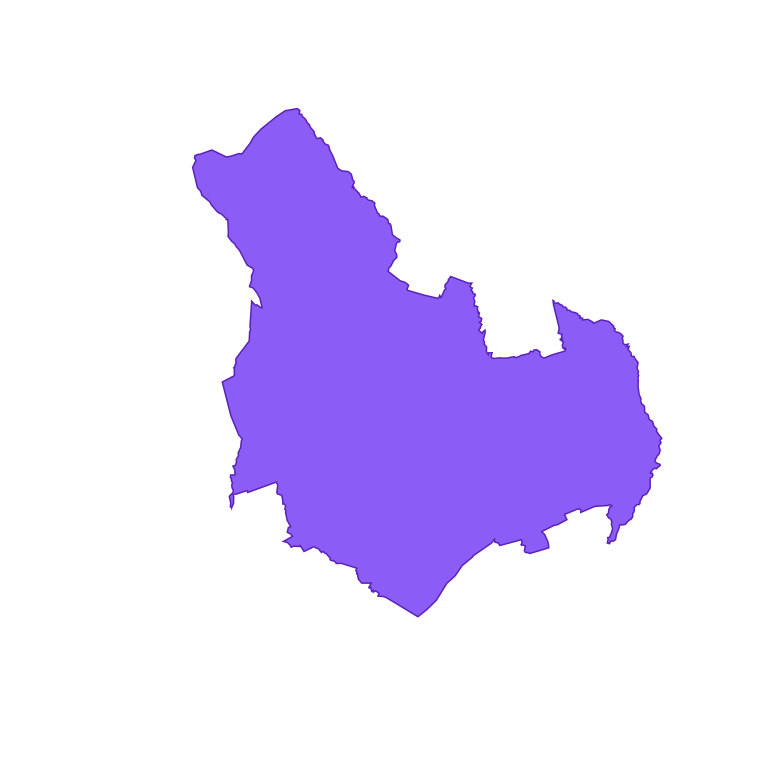 Yecapixtla, Morelos, Mexico (orthographic projection), rotated 302°
{"feature_id": "50627088B43090651805333", "entity_name": "Yecapixtla", "entity_type": "district", "adm_level": 2, "iso_a3": "MEX", "parent_name": "Mexico", "parent_adm1": "Morelos", "projection": "orthographic", "projection_center": [-98.86, 18.859], "detail": "fine", "context": "isolated", "style": "filled", "palette": "violet", "viewbox_px": 768, "rotation_deg": 302, "n_neighbors": 0, "source": "geoboundaries", "source_scale": "gbopen_adm2", "svg_char_len": 6171}
<svg xmlns="http://www.w3.org/2000/svg" viewBox="0 0 768 768"><g transform="rotate(302 384 384)"><path d="M491.2,114.0L481.2,106.1L479.7,104.0L477.2,102.7L475.0,103.8L474.1,106.0L466.3,106.9L451.7,121.7L450.3,126.5L447.5,129.5L446.2,139.9L444.4,142.6L441.8,151.1L441.5,153.5L442.1,155.6L440.7,162.5L439.8,163.2L440.8,164.3L430.6,171.4L426.4,173.6L424.2,179.5L423.8,183.1L422.0,186.3L420.9,190.4L412.3,205.0L412.5,211.0L411.9,212.6L410.2,213.6L405.5,214.3L401.6,216.8L395.3,218.3L396.1,222.3L393.6,228.8L390.7,233.6L384.0,240.2L383.5,238.5L383.8,234.2L382.8,233.7L382.8,232.4L384.1,227.9L361.5,240.0L359.1,242.3L357.2,242.3L349.0,246.9L327.5,245.0L325.9,245.5L322.7,247.9L321.9,247.4L319.1,248.4L318.2,247.9L317.5,249.0L311.8,252.7L300.0,245.8L275.8,271.1L263.8,287.9L262.3,292.8L260.4,293.1L254.1,296.1L248.4,296.8L245.9,298.6L241.7,298.7L239.3,300.4L236.3,301.0L234.3,299.4L232.2,302.9L230.9,304.0L230.1,304.0L229.0,305.6L228.0,305.8L225.5,302.1L223.3,303.3L222.8,304.9L221.6,305.4L219.7,308.0L217.7,308.4L215.5,310.1L214.1,312.4L212.1,313.4L206.8,312.3L201.9,317.0L198.4,318.8L199.1,319.9L198.8,319.9L198.2,320.4L203.0,319.7L208.7,316.3L209.7,315.0L210.7,315.0L211.8,316.6L220.9,324.2L219.8,325.9L243.7,344.6L241.9,347.5L235.1,350.6L234.3,352.1L235.4,356.1L232.7,359.0L228.6,361.8L229.4,363.0L228.6,365.1L225.2,366.3L224.9,367.7L222.9,368.6L217.0,374.2L213.6,380.5L211.6,379.0L207.0,380.5L207.2,383.9L206.5,387.2L197.1,382.1L198.4,385.9L197.6,389.8L196.4,391.8L198.6,393.4L201.4,398.4L202.6,398.5L199.6,404.9L209.1,410.9L208.8,413.1L209.6,415.2L208.0,420.3L209.3,420.8L209.7,421.7L209.2,423.2L209.5,425.1L207.8,430.6L206.5,431.3L206.3,432.7L207.3,435.0L207.3,437.6L206.4,438.5L209.3,442.9L213.4,458.5L210.9,458.9L210.2,460.6L208.5,461.5L208.9,462.2L205.0,465.5L203.3,470.6L208.4,478.7L203.4,479.0L203.2,479.7L204.4,480.6L201.7,483.4L203.2,484.1L201.8,485.2L203.8,486.1L204.1,488.5L203.9,490.6L200.9,491.3L203.5,496.2L204.1,499.3L204.6,536.1L215.7,539.9L228.3,543.0L248.2,542.9L259.2,546.0L271.4,546.5L284.3,550.8L285.7,550.7L306.1,559.5L310.8,560.0L308.6,561.8L309.7,565.1L308.4,567.8L324.7,583.0L323.7,584.3L321.8,585.4L320.5,585.3L320.1,586.1L321.1,587.2L321.5,589.7L317.4,591.2L316.2,592.4L316.6,594.5L317.6,595.9L317.4,597.3L326.6,605.5L332.4,610.5L333.6,609.8L337.1,606.5L341.5,600.0L342.4,595.9L354.2,603.1L356.6,605.7L365.9,611.0L369.1,606.2L380.5,614.4L381.6,616.5L381.3,617.9L379.4,618.9L392.0,627.7L399.6,638.2L401.5,639.9L401.7,641.5L400.7,641.8L399.4,640.7L396.4,641.3L393.4,642.8L391.1,642.1L389.5,645.6L389.8,646.9L388.6,649.6L385.2,651.5L382.7,654.4L378.7,655.7L373.3,656.4L372.3,655.1L370.8,656.5L367.5,657.6L368.1,659.9L370.9,659.5L372.4,661.9L374.7,662.8L380.3,660.6L385.2,660.0L389.2,658.6L392.7,663.0L398.0,663.9L400.4,665.2L403.1,665.3L406.2,663.4L407.7,663.8L409.9,663.1L411.6,661.6L415.7,662.3L416.8,664.1L418.2,664.4L420.0,663.3L426.3,662.7L430.1,665.0L436.9,664.8L445.3,659.5L447.1,660.6L449.2,660.4L450.5,658.8L449.6,657.4L450.1,656.9L454.7,657.5L456.1,658.4L456.5,659.9L461.4,661.4L462.1,660.5L461.5,657.5L461.7,655.4L462.6,654.3L467.8,653.8L470.5,654.4L474.3,653.2L477.0,649.9L481.2,650.0L481.7,648.5L482.6,647.9L485.0,648.4L488.2,640.3L490.3,639.2L491.3,635.1L494.5,631.7L494.5,627.6L497.8,624.3L498.2,620.1L502.8,616.9L503.4,615.8L503.8,612.7L506.1,610.3L507.7,609.8L510.1,606.1L516.6,600.7L521.9,597.7L523.2,596.3L526.4,595.3L527.4,593.5L529.1,593.5L531.5,590.2L536.7,588.2L538.9,582.7L539.9,581.6L538.7,579.1L541.5,576.7L542.6,572.8L545.8,572.0L544.4,570.9L544.2,569.9L547.2,569.9L544.8,567.4L545.4,564.8L547.6,563.6L549.2,561.7L550.8,561.6L551.5,560.9L552.1,557.8L552.0,555.3L551.1,553.7L551.4,551.8L551.6,550.9L553.4,550.7L553.5,548.7L554.7,548.3L556.2,541.6L553.5,534.3L546.7,529.7L547.2,527.9L546.8,522.6L543.5,518.4L545.1,517.5L543.6,515.0L545.6,514.5L545.4,512.3L546.2,510.5L545.5,506.9L544.7,506.2L544.7,502.0L543.6,500.3L545.0,498.9L545.3,496.9L544.4,495.9L544.4,494.6L545.2,493.7L544.7,489.8L545.2,489.0L542.6,485.3L542.8,484.7L544.4,484.4L544.4,483.1L541.1,485.7L525.4,501.8L523.4,503.4L519.3,504.8L520.5,508.5L518.9,509.0L517.8,510.3L515.9,509.9L516.6,511.5L515.6,511.7L514.9,510.8L514.5,513.9L511.4,514.7L509.5,516.4L509.2,518.2L510.5,518.4L510.4,519.4L507.7,519.9L497.8,511.1L490.7,505.9L490.5,503.2L491.5,500.7L494.1,498.9L493.6,497.1L494.2,496.3L493.6,494.9L492.3,493.1L490.2,493.3L489.6,491.0L486.5,490.7L480.7,484.9L478.7,484.0L475.9,481.4L476.2,479.9L470.8,474.1L466.9,467.4L464.0,463.9L463.3,461.2L464.7,460.0L467.8,459.2L465.9,456.2L464.2,456.8L465.6,453.8L469.8,451.4L470.8,448.2L473.3,446.5L473.7,445.0L481.5,442.4L483.2,441.1L481.0,440.3L479.1,440.6L479.7,435.9L481.5,435.6L482.2,436.2L484.2,435.4L486.4,435.5L487.0,432.1L488.6,433.2L491.3,432.1L491.2,428.5L494.8,427.3L495.0,426.6L494.3,426.8L494.2,426.2L498.2,422.6L499.1,422.6L498.8,419.8L498.0,419.3L499.2,418.3L502.0,417.4L504.5,414.2L507.0,414.5L508.4,413.9L508.0,410.9L509.3,410.3L509.6,408.1L512.2,408.1L512.1,405.2L516.1,405.0L514.2,401.9L510.5,383.6L506.3,383.3L505.4,384.1L500.6,383.2L498.5,384.3L497.5,386.0L495.7,385.5L488.1,386.5L487.6,386.5L488.6,384.3L486.7,384.7L485.2,384.3L480.9,371.8L476.1,355.0L476.1,353.5L480.8,352.5L481.1,351.1L481.3,347.7L480.1,343.1L481.7,327.8L485.1,326.7L487.4,327.3L493.8,326.7L498.0,327.8L500.2,326.5L502.8,322.4L510.2,320.0L511.5,320.2L512.6,321.7L513.5,321.9L514.7,321.0L514.4,317.2L515.1,312.0L522.4,305.6L523.2,303.9L522.7,303.2L523.0,302.4L525.5,300.1L525.8,294.2L524.2,292.0L525.6,289.3L525.7,287.8L529.6,282.2L531.0,280.8L532.6,280.4L533.0,276.6L531.7,273.5L532.1,270.5L532.7,270.7L532.5,267.4L530.3,265.6L532.4,261.9L534.1,255.2L533.7,252.9L535.0,252.5L535.3,253.4L535.7,252.2L538.7,252.1L540.1,251.1L540.6,249.2L544.3,245.5L544.9,244.1L545.0,240.7L542.3,235.1L542.5,230.3L550.4,219.6L553.6,214.2L557.0,210.4L556.3,207.1L557.2,204.4L558.6,203.0L559.2,199.8L556.7,197.2L557.0,196.1L559.4,192.2L561.0,191.0L562.7,185.4L564.5,183.0L564.8,180.6L567.0,177.0L567.7,172.9L569.1,171.4L568.0,169.1L571.3,167.7L571.5,166.7L571.6,164.5L563.5,155.5L553.9,151.1L534.9,144.6L524.2,142.5L517.2,142.9L503.8,141.6L502.5,138.8L495.9,133.3L493.0,130.1L491.2,114.0Z" fill="#8b5cf6" stroke="#5b21b6" stroke-width="1.5"/></g></svg>